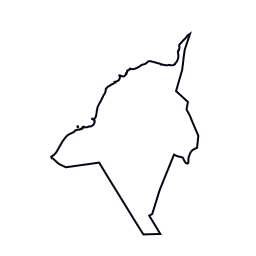 the district of East-Central, Guadalcanal, Solomon Islands, rotated 279°
{"feature_id": "97153195B72128513413491", "entity_name": "East-Central", "entity_type": "district", "adm_level": 2, "iso_a3": "SLB", "parent_name": "Solomon Islands", "parent_adm1": "Guadalcanal", "projection": "albers", "projection_center": [160.571, -9.616], "detail": "fine", "context": "isolated", "style": "outline", "palette": "ink", "viewbox_px": 256, "rotation_deg": 279, "n_neighbors": 0, "source": "geoboundaries", "source_scale": "gbopen_adm2", "svg_char_len": 5351}
<svg xmlns="http://www.w3.org/2000/svg" viewBox="0 0 256 256"><g transform="rotate(279 128 128)"><path d="M230.7,174.5L230.1,173.9L229.6,173.3L229.2,172.8L229.1,172.7L228.9,172.5L228.6,172.3L228.3,172.1L228.1,171.9L227.9,171.8L227.3,171.6L226.8,171.5L226.3,171.2L225.0,170.2L224.8,170.1L224.4,169.8L224.1,169.7L223.9,169.3L222.2,168.3L221.3,167.7L220.7,167.3L220.4,167.1L219.5,166.5L219.0,166.0L218.8,165.9L218.5,165.8L218.3,165.7L217.4,165.6L217.0,165.7L216.8,165.7L216.3,166.1L216.1,166.2L215.8,166.2L215.3,166.3L214.9,166.3L214.6,166.3L214.3,166.2L214.0,166.0L213.6,166.0L213.3,166.1L212.9,166.1L212.7,166.2L212.5,165.9L212.5,165.7L212.4,165.7L211.4,165.4L211.1,165.4L210.8,165.4L209.6,165.8L209.0,166.0L208.4,166.2L207.3,166.4L206.6,166.5L206.1,166.6L205.6,166.6L205.4,166.6L204.1,166.6L203.7,166.5L202.4,166.1L202.0,166.0L201.9,166.0L201.8,165.9L201.2,165.7L200.8,165.6L199.9,165.1L199.4,164.5L199.2,164.4L199.0,164.5L198.9,164.5L198.7,164.5L198.7,164.3L198.7,164.2L198.2,164.0L197.7,163.7L197.3,163.2L197.1,162.9L197.0,162.5L196.9,161.8L196.7,160.7L196.7,160.0L196.6,159.4L196.7,158.6L196.7,158.2L196.4,157.6L196.1,157.1L196.0,156.7L195.9,156.5L195.9,156.3L195.9,155.6L195.9,154.8L195.9,153.2L196.1,152.4L196.1,152.0L196.1,151.6L195.7,151.1L195.8,150.8L195.9,150.5L196.0,150.4L196.3,150.2L196.4,149.9L196.5,149.5L196.5,149.2L196.6,148.1L196.7,146.8L196.7,146.7L196.8,146.3L196.9,145.5L197.0,145.1L197.0,144.5L197.1,143.9L197.1,142.8L197.1,142.7L197.3,142.1L197.3,141.8L197.3,141.6L197.3,141.4L197.5,140.2L197.4,139.3L197.3,139.0L197.4,138.7L197.4,138.4L197.3,138.2L197.1,138.0L196.8,137.6L196.7,137.4L196.6,137.2L196.2,136.9L195.4,136.3L194.9,136.0L194.3,135.3L194.0,134.8L193.6,134.2L193.3,133.5L193.0,133.0L192.7,131.9L192.5,131.7L192.2,131.4L192.0,131.1L191.7,130.8L191.2,130.5L190.7,129.9L190.3,129.5L189.6,128.5L189.0,127.7L188.9,127.6L188.6,127.1L188.3,126.7L188.2,126.5L187.7,125.6L187.1,124.4L187.0,124.0L186.9,123.6L186.8,123.2L186.9,121.3L187.0,120.9L187.0,120.7L186.8,120.5L186.6,120.4L186.4,120.5L186.2,120.6L185.8,120.2L185.5,119.8L185.3,119.6L185.1,119.5L185.1,119.4L185.0,119.0L185.0,118.8L184.9,118.6L184.6,118.4L184.2,118.2L183.8,118.3L183.4,118.3L183.1,118.3L182.8,118.1L182.2,117.7L181.8,117.5L181.6,117.4L181.3,117.4L180.9,117.5L180.9,117.8L180.3,117.5L180.2,117.4L179.5,116.8L179.4,116.7L178.8,116.2L178.6,116.1L178.4,115.9L178.3,115.7L178.2,115.0L178.1,114.7L178.2,113.5L178.5,112.5L178.6,112.1L178.8,111.7L178.6,111.2L178.3,111.2L178.0,111.5L177.9,111.8L177.7,112.0L177.2,112.2L176.7,112.1L175.9,112.0L175.3,111.9L174.8,111.9L174.5,111.8L173.7,111.3L173.6,111.2L173.4,111.0L173.2,110.8L172.6,110.0L172.1,109.1L171.6,108.0L171.4,108.3L171.1,108.4L171.1,108.2L171.1,107.8L171.0,107.6L170.7,107.6L170.4,107.4L170.0,107.1L169.6,106.7L168.9,105.8L168.6,105.3L168.5,104.9L168.4,104.8L168.1,104.6L167.7,104.2L167.5,103.9L166.9,103.4L166.4,102.7L165.9,102.0L165.7,101.7L165.2,101.4L164.7,101.1L163.9,100.4L163.6,100.1L163.2,100.0L162.8,100.0L162.2,100.1L161.4,100.1L160.8,100.0L159.5,100.0L158.1,99.5L157.1,99.0L155.8,98.5L154.7,98.3L153.8,97.9L153.0,97.7L151.4,97.2L150.7,97.0L150.2,96.8L149.3,96.5L147.5,95.8L146.5,95.5L143.7,94.7L142.7,94.6L142.0,94.6L141.9,94.7L141.5,94.7L141.1,94.7L140.7,94.7L140.2,94.5L139.2,94.5L138.7,94.6L137.9,94.6L137.6,94.6L136.8,94.6L136.1,94.6L135.4,94.5L134.6,94.5L134.2,94.5L133.9,94.4L133.6,94.3L131.2,93.2L130.9,93.2L130.4,93.3L129.9,93.7L129.6,93.7L129.5,93.9L129.5,94.0L128.8,94.0L128.5,94.1L128.0,94.1L127.2,93.8L126.8,93.7L126.1,93.5L125.1,92.7L124.6,92.2L124.2,91.7L123.7,90.8L123.6,90.5L123.5,90.3L123.4,89.9L123.4,89.7L123.5,89.6L123.5,89.4L123.5,89.2L123.4,89.0L123.3,88.8L123.1,88.7L122.8,88.3L122.5,87.8L122.4,87.5L122.1,86.3L122.0,85.9L122.0,85.5L121.9,85.1L121.9,84.9L121.9,84.7L122.1,84.5L122.2,84.4L122.4,84.1L122.4,83.9L122.3,83.7L122.0,83.3L121.8,83.2L121.6,83.2L121.4,83.3L121.2,83.3L121.2,83.0L121.2,82.9L120.8,82.9L120.6,83.0L120.3,83.1L120.2,83.0L120.2,82.9L120.2,82.7L120.2,82.2L119.9,82.0L119.6,81.9L119.6,81.5L119.7,81.4L119.7,81.1L119.2,81.0L119.1,80.9L118.9,80.6L118.7,80.1L118.6,79.4L118.6,79.1L118.4,78.3L117.9,77.6L117.8,77.2L117.6,76.6L117.5,76.4L117.3,76.3L116.5,75.8L116.2,75.6L115.8,75.4L115.5,75.1L114.7,73.9L114.4,73.5L114.1,73.1L113.8,72.7L113.6,72.4L113.3,71.8L112.1,70.3L111.5,69.6L110.9,69.1L110.1,68.5L109.5,68.1L107.9,67.2L107.2,66.9L106.7,66.5L106.0,66.2L105.5,65.9L105.0,65.6L104.0,65.3L102.4,64.6L100.9,64.1L98.7,63.2L98.0,62.9L97.8,62.9L97.1,62.6L94.9,61.8L93.0,61.0L92.5,60.8L91.4,60.1L90.9,59.8L89.9,59.1L88.6,57.8L87.8,56.9L87.6,56.7L87.5,56.8L86.2,57.4L86.1,58.7L83.9,61.9L82.6,63.8L82.3,64.4L82.0,65.0L81.4,66.3L79.5,72.8L83.2,84.9L86.6,96.1L89.3,104.9L75.7,116.4L59.9,130.0L37.6,149.1L25.3,159.8L28.4,176.5L44.7,162.7L46.9,165.4L71.8,169.0L108.9,177.6L107.8,181.4L107.6,185.7L106.9,187.2L105.1,188.2L102.4,190.6L102.2,192.4L103.3,193.0L104.4,192.9L108.3,192.4L113.4,193.5L115.9,194.8L117.5,196.6L119.3,199.3L131.2,198.7L146.3,189.3L149.7,187.3L155.5,182.9L163.1,183.1L172.0,169.7L193.7,172.4L200.8,172.2L204.8,172.0L206.9,171.9L214.2,171.8L230.7,174.5ZM121.9,78.1L121.8,77.9L121.7,77.8L121.2,77.9L121.1,78.0L121.0,78.4L121.1,78.5L121.3,78.6L121.7,78.5L121.8,78.4L121.9,78.2L121.9,78.1ZM131.7,91.3L131.6,91.1L131.4,91.1L131.1,91.3L131.1,91.7L131.3,91.8L131.5,91.8L131.7,91.6L131.7,91.3Z" fill="none" stroke="#020617" stroke-width="2"/></g></svg>